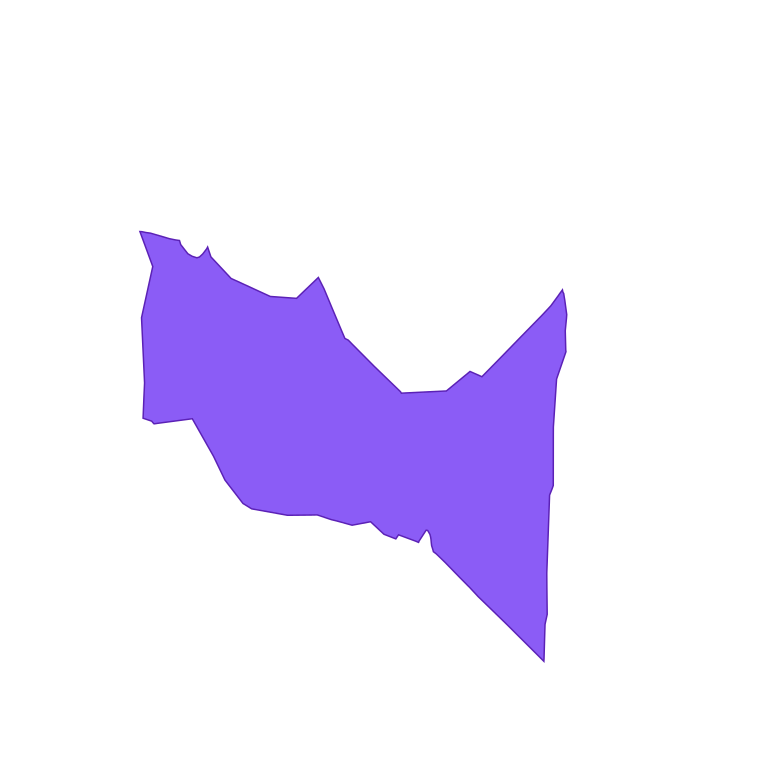 Ad Dali, Sennar, Sudan (orthographic projection), rotated 304°
{"feature_id": "16777658B21682317034415", "entity_name": "Ad Dali", "entity_type": "district", "adm_level": 2, "iso_a3": "SDN", "parent_name": "Sudan", "parent_adm1": "Sennar", "projection": "orthographic", "projection_center": [33.523, 12.54], "detail": "fine", "context": "isolated", "style": "filled", "palette": "violet", "viewbox_px": 768, "rotation_deg": 304, "n_neighbors": 0, "source": "geoboundaries", "source_scale": "gbopen_adm2", "svg_char_len": 1609}
<svg xmlns="http://www.w3.org/2000/svg" viewBox="0 0 768 768"><g transform="rotate(304 384 384)"><path d="M435.6,270.0L406.1,263.6L393.0,240.8L386.0,198.2L392.6,169.4L398.9,161.2L397.0,161.4L390.4,161.0L386.1,160.0L384.0,158.3L382.6,153.5L382.3,148.5L385.9,137.5L388.6,134.2L386.9,130.7L384.5,124.9L378.5,106.1L376.5,102.0L374.9,98.1L373.9,96.4L352.1,126.6L303.4,145.9L251.0,184.9L239.7,191.8L220.9,203.4L223.3,212.2L222.7,214.2L222.4,215.6L222.5,215.7L222.7,216.0L223.6,217.0L224.9,218.4L248.0,244.5L228.8,283.0L215.4,305.9L206.1,333.9L206.5,344.1L221.2,377.4L235.0,397.4L238.1,401.8L242.1,416.2L244.0,421.3L249.1,436.5L262.3,449.9L259.4,468.0L262.2,480.4L267.1,480.4L271.4,498.1L272.0,501.2L272.3,501.2L273.3,500.9L286.4,500.7L287.0,502.1L285.0,506.2L283.2,508.2L281.5,509.8L278.8,512.0L276.6,513.9L275.1,515.8L273.6,517.6L272.6,518.7L272.4,522.3L270.3,534.2L265.9,555.3L263.5,567.3L263.5,567.6L260.4,580.9L253.6,619.0L243.5,671.6L245.7,670.3L266.7,657.0L274.8,651.9L284.3,648.1L307.0,632.4L318.4,624.6L384.5,583.4L391.0,582.0L394.5,581.1L436.1,553.1L443.0,548.5L484.6,524.3L512.5,516.8L513.8,515.7L529.5,504.5L540.4,498.6L543.7,496.7L554.8,486.8L557.0,484.7L559.4,482.5L559.5,482.4L559.6,482.2L560.0,481.4L560.2,481.0L560.3,480.8L560.4,480.6L560.6,480.5L560.8,480.3L561.8,479.3L556.8,479.1L554.9,479.1L542.2,478.6L537.0,477.8L527.8,476.3L525.8,475.9L499.6,471.1L470.2,465.8L444.8,461.1L442.5,448.3L413.1,439.6L396.2,417.0L386.1,403.5L386.8,402.1L393.2,365.9L399.3,335.1L400.4,329.8L399.9,326.1L404.3,319.3L417.9,298.5L429.3,281.2L435.6,270.0Z" fill="#8b5cf6" stroke="#5b21b6" stroke-width="1.5"/></g></svg>